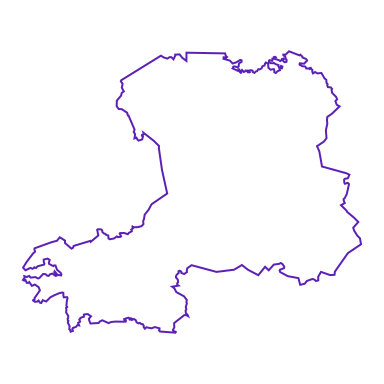 outline of Andrupenes pag., Dagdas, Latvia
{"feature_id": "27541924B25782397713734", "entity_name": "Andrupenes pag.", "entity_type": "district", "adm_level": 2, "iso_a3": "LVA", "parent_name": "Latvia", "parent_adm1": "Dagdas", "projection": "mercator", "projection_center": [27.362, 56.147], "detail": "fine", "context": "isolated", "style": "outline", "palette": "violet", "viewbox_px": 384, "rotation_deg": 0, "n_neighbors": 0, "source": "geoboundaries", "source_scale": "gbopen_adm2", "svg_char_len": 5832}
<svg xmlns="http://www.w3.org/2000/svg" viewBox="0 0 384 384"><path d="M175.4,54.6L175.6,55.0L173.5,59.3L171.4,57.2L169.8,57.1L167.3,58.6L164.1,57.6L160.9,55.7L121.3,80.2L120.8,81.3L122.6,83.8L121.8,87.7L123.8,91.4L121.7,93.0L121.1,95.6L116.8,100.7L116.7,106.3L118.7,109.0L121.9,109.2L127.2,112.8L127.8,115.4L128.5,115.5L134.6,129.7L133.7,132.0L135.1,134.1L134.5,138.4L136.4,137.6L137.3,139.4L138.6,140.6L142.2,139.4L143.0,136.3L141.9,135.7L142.1,134.9L143.8,134.2L143.4,132.7L154.0,141.0L159.0,146.0L158.9,148.4L162.0,170.0L167.2,193.5L151.5,204.3L148.6,209.8L144.7,214.6L144.0,218.9L143.2,221.0L143.4,224.2L142.6,225.1L141.2,226.3L137.4,227.2L133.6,227.2L132.5,226.5L132.4,226.9L133.0,228.3L131.3,229.6L131.7,230.0L131.8,231.3L128.9,232.8L127.8,234.2L124.2,233.0L120.0,233.1L119.7,233.6L121.1,236.3L120.7,236.8L118.0,237.2L116.8,236.4L114.2,238.4L110.0,239.3L108.5,238.5L108.3,235.5L106.3,235.0L105.3,233.8L104.1,233.6L102.4,232.1L102.2,230.6L101.5,229.5L98.0,229.2L97.2,229.7L98.3,235.5L90.7,241.8L90.3,240.9L73.7,245.9L72.9,247.9L71.4,248.6L65.0,243.0L65.0,240.6L59.8,237.3L56.9,240.8L51.5,242.2L34.6,248.3L34.4,249.6L35.0,251.3L34.8,252.0L33.2,253.3L26.7,261.8L23.1,267.7L25.5,270.3L30.3,267.9L32.5,268.8L33.8,268.1L34.3,267.3L36.1,268.0L37.6,266.3L44.0,264.6L44.4,263.6L43.8,262.0L43.7,259.6L47.6,258.6L49.7,259.9L48.9,262.6L49.1,263.9L53.2,266.1L54.0,265.4L55.5,265.5L57.0,269.7L60.6,272.8L61.4,274.4L61.0,275.5L57.5,274.8L54.6,271.3L54.3,272.2L56.4,274.4L56.6,275.6L55.5,275.9L52.4,273.6L50.0,274.3L48.7,275.9L47.2,275.7L45.6,274.2L43.1,274.0L39.5,277.9L38.1,278.5L35.4,277.1L30.7,277.6L29.1,275.9L26.9,277.0L24.4,276.2L24.7,277.3L23.0,280.0L24.2,280.7L25.4,279.9L26.8,282.9L28.3,282.9L29.3,282.0L31.9,285.9L34.8,284.5L38.6,287.1L39.9,290.4L34.6,298.0L34.6,299.5L33.3,299.9L33.1,300.5L34.9,301.8L37.2,301.6L38.5,300.5L40.0,302.7L41.3,303.0L42.7,300.2L46.1,301.5L50.4,297.3L54.6,295.1L59.5,293.1L62.2,292.5L63.3,292.8L63.4,295.8L63.8,297.3L67.2,297.2L67.5,298.3L66.9,300.6L66.4,305.8L67.2,307.0L66.1,307.8L66.4,309.5L66.1,312.4L68.2,315.8L68.2,318.0L67.6,318.8L67.8,320.1L68.4,320.8L67.8,322.5L69.6,326.3L69.3,329.2L70.1,329.8L70.6,331.7L72.9,330.9L72.3,329.1L72.9,327.9L75.8,327.0L77.6,325.0L79.1,325.4L78.1,322.8L80.1,321.7L79.3,319.4L80.3,318.6L80.5,317.8L83.9,316.7L83.8,314.8L84.0,314.5L87.0,314.1L88.0,314.2L91.0,316.3L88.9,318.8L89.3,320.8L90.5,323.5L98.6,323.0L99.7,321.5L102.3,320.3L108.5,323.1L111.2,322.0L115.2,321.6L125.5,321.7L125.9,321.3L125.8,320.4L124.2,319.6L124.2,319.0L128.3,317.7L128.8,317.8L129.6,319.6L129.9,319.6L129.8,318.7L130.7,318.2L132.0,318.8L131.5,319.7L131.8,320.0L133.9,319.0L135.7,320.1L136.6,322.3L137.7,323.0L138.7,323.4L139.9,322.9L141.3,324.1L142.8,324.2L143.8,326.0L143.7,327.2L144.9,328.7L146.4,327.3L151.4,328.3L154.9,327.1L159.5,328.3L159.5,329.5L159.0,330.3L160.0,331.5L175.4,332.7L175.8,332.0L173.3,330.8L172.9,330.0L174.3,327.5L174.1,323.1L184.3,315.1L186.3,315.1L188.0,316.1L187.4,314.6L185.9,313.2L185.6,310.5L186.3,309.6L185.8,306.7L186.9,303.4L186.4,302.1L186.8,300.0L184.0,296.3L176.3,292.1L174.5,288.5L172.2,286.7L178.5,285.6L177.2,284.7L177.2,283.3L178.1,282.2L177.9,280.5L177.7,279.4L176.0,277.5L175.9,276.5L176.5,275.0L178.7,272.9L178.5,271.3L179.6,270.7L181.2,271.6L181.4,273.0L184.2,274.0L186.9,272.1L186.8,270.8L187.3,268.2L191.6,265.2L216.5,271.9L234.1,269.7L241.9,265.0L247.9,269.7L258.3,275.2L265.1,266.8L268.7,270.3L273.8,264.6L279.3,263.8L280.8,263.0L282.4,264.0L284.3,266.8L284.0,268.2L279.9,269.7L279.6,270.4L280.2,272.1L287.9,276.2L298.4,278.1L300.2,284.8L304.8,283.7L306.8,281.0L312.3,279.0L314.3,279.5L316.0,281.0L318.3,280.4L318.2,276.7L321.0,271.9L330.2,275.1L334.5,274.8L334.9,271.6L347.9,253.1L361.0,244.3L360.0,238.4L357.2,235.5L354.3,230.9L353.2,227.8L358.3,222.0L354.2,217.8L347.2,212.0L346.5,210.6L341.0,205.2L344.8,203.0L343.9,201.2L343.6,199.1L344.8,198.0L346.8,194.0L349.0,184.1L347.7,182.8L345.0,183.8L344.3,182.7L344.1,179.7L344.8,178.8L347.8,178.3L349.4,174.7L346.5,173.3L322.0,166.5L319.3,151.2L317.0,146.2L323.9,141.6L326.5,138.2L325.9,130.2L327.3,123.8L327.0,120.2L327.3,116.9L332.0,113.7L339.6,106.3L336.9,104.9L336.5,104.2L335.4,101.1L337.1,99.3L336.1,96.9L332.0,92.7L331.6,89.6L332.1,89.0L330.8,87.4L327.9,87.1L327.2,85.3L327.6,84.2L326.5,82.8L326.3,79.8L324.6,78.5L321.4,73.0L317.3,73.4L315.1,72.0L313.0,73.4L312.3,71.8L312.3,69.7L311.2,69.1L310.8,67.9L310.1,67.9L309.4,69.0L308.5,68.4L306.2,68.5L305.4,66.6L302.4,66.2L299.7,64.8L299.5,64.3L299.8,63.3L304.1,63.7L307.1,60.5L306.0,58.9L302.5,57.5L302.4,56.6L300.3,54.7L299.5,55.4L289.0,51.3L285.5,54.7L283.3,54.6L283.4,55.3L285.3,56.9L285.6,57.5L285.5,58.5L286.7,60.1L286.3,61.1L286.5,61.7L285.7,62.1L284.4,62.1L282.9,60.6L282.9,60.1L283.7,59.4L283.4,58.6L281.8,59.1L281.3,60.4L280.2,61.1L278.7,60.1L274.8,58.9L275.9,57.4L275.0,56.8L273.8,57.2L274.1,58.2L273.8,58.7L272.4,58.7L272.4,60.2L272.1,60.8L269.4,60.2L269.0,60.7L268.9,61.9L270.4,63.1L273.0,63.3L273.7,62.8L275.7,64.2L278.5,65.1L278.4,66.2L279.1,67.6L280.8,66.9L281.1,65.9L282.4,66.5L281.9,68.4L280.5,68.2L279.6,69.2L279.9,70.2L277.4,71.3L275.9,73.0L274.4,72.4L274.3,70.4L273.8,69.1L270.5,69.7L268.4,67.8L268.1,63.7L265.9,62.5L265.2,63.3L264.5,65.5L262.5,66.2L261.6,68.3L259.6,69.5L258.3,69.2L257.1,71.1L255.8,71.5L254.4,72.9L252.8,72.1L252.6,70.7L251.0,70.2L249.2,70.5L249.8,72.1L249.2,72.4L247.8,72.2L247.6,70.8L247.1,70.5L246.4,71.0L245.5,70.6L245.2,71.3L243.8,72.0L242.1,70.0L241.5,70.8L241.2,72.7L240.7,72.8L239.4,71.4L239.8,70.3L239.1,69.3L238.5,69.3L238.6,70.5L238.0,70.9L232.6,68.4L233.1,67.8L233.1,67.0L234.0,66.3L237.8,67.3L238.8,66.1L238.6,65.4L239.1,63.4L241.6,61.8L241.6,60.4L240.3,59.9L236.2,62.4L232.6,63.5L229.9,60.6L223.5,58.8L223.7,57.3L225.0,57.6L225.7,56.8L226.3,57.6L227.0,57.0L225.9,56.2L225.1,53.4L186.5,52.7L186.4,60.9L182.4,57.9L179.6,54.4L175.4,54.6Z" fill="none" stroke="#5b21b6" stroke-width="2"/></svg>